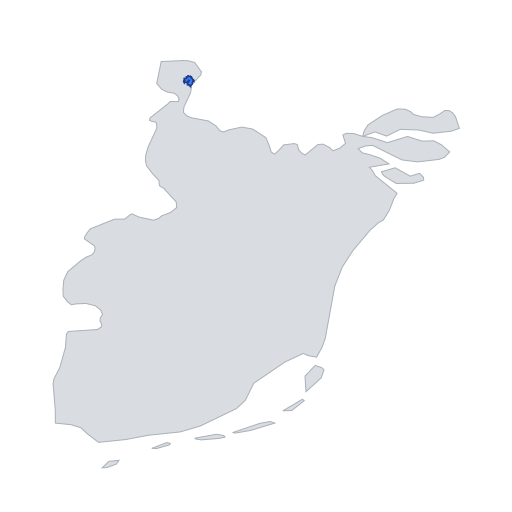 Meerssen, Limburg, Netherlands shown in context, rotated 176°
{"feature_id": "6326949B43663423776688", "entity_name": "Meerssen", "entity_type": "district", "adm_level": 2, "iso_a3": "NLD", "parent_name": "Netherlands", "parent_adm1": "Limburg", "projection": "robinson", "projection_center": [5.761, 50.905], "detail": "fine", "context": "in_parent", "style": "filled", "palette": "blue", "viewbox_px": 512, "rotation_deg": 176, "n_neighbors": 0, "source": "geoboundaries", "source_scale": "gbopen_adm2", "svg_char_len": 5397}
<svg xmlns="http://www.w3.org/2000/svg" viewBox="0 0 512 512"><g transform="rotate(176 256 256)"><path d="M337.0,456.6L325.7,456.3L315.2,456.1L309.6,455.4L303.6,453.3L303.6,453.2L300.9,448.9L297.6,443.6L298.5,440.4L308.4,431.3L309.9,428.8L308.9,427.4L309.9,423.4L317.5,409.7L318.4,404.3L315.0,400.4L310.2,398.2L294.2,394.1L286.7,388.4L283.2,383.4L279.6,382.0L274.4,383.7L261.2,385.6L250.5,382.9L237.9,373.4L235.0,365.0L233.5,358.6L230.3,356.3L226.1,359.6L220.7,364.9L210.1,365.5L207.0,364.3L206.5,361.4L205.9,358.6L203.0,355.2L199.9,353.3L186.4,362.9L181.4,362.9L175.1,359.2L172.0,355.6L165.1,357.6L158.8,362.1L160.9,370.6L157.5,372.1L149.8,371.3L141.2,367.9L131.6,365.8L117.0,359.9L96.5,364.7L82.4,359.0L70.6,358.5L63.3,354.0L55.5,346.3L61.1,341.3L66.6,339.6L88.2,338.6L103.8,341.7L131.9,358.2L139.0,358.1L146.6,356.0L142.8,351.5L135.8,349.3L125.3,344.9L117.0,338.6L136.7,336.6L134.0,333.4L131.5,327.9L110.9,308.7L114.5,303.5L119.8,292.3L126.4,283.1L131.6,280.6L140.2,274.0L158.8,254.8L170.6,239.1L179.5,220.5L192.6,169.2L196.4,160.5L202.6,150.9L210.3,152.7L215.6,155.5L234.6,148.2L267.1,129.2L276.7,112.8L286.1,105.2L323.4,90.3L343.9,85.8L375.7,84.7L398.6,82.0L426.1,81.1L436.6,90.3L442.8,97.0L452.6,100.7L467.8,103.3L467.0,116.5L467.3,142.7L466.2,147.4L459.5,158.4L452.4,178.3L450.6,191.3L448.4,193.8L419.4,193.7L415.3,196.0L414.7,198.8L416.2,202.2L415.5,205.5L413.2,208.2L414.5,212.6L419.6,217.5L428.8,220.5L438.6,220.8L443.7,220.3L447.4,223.8L451.1,229.2L450.9,236.0L449.5,245.1L444.9,253.5L431.5,263.3L425.5,266.7L419.9,268.5L417.2,271.0L416.0,274.3L416.3,277.2L425.9,285.0L425.7,286.8L422.9,290.8L419.3,294.7L394.6,302.6L384.4,302.0L378.5,306.0L376.7,306.7L370.2,303.1L355.8,298.9L350.4,300.3L347.4,302.6L338.3,305.4L331.8,309.8L331.8,315.4L343.3,329.9L347.4,332.8L347.6,338.2L353.2,345.0L358.9,353.6L359.6,359.0L358.9,364.5L356.0,372.3L346.0,390.5L345.9,394.0L346.7,396.7L350.2,397.4L352.8,398.8L352.0,401.2L333.3,413.9L330.9,416.1L323.0,415.5L321.8,417.6L322.9,421.0L326.0,424.0L332.7,425.6L338.4,428.8L343.0,435.1L337.0,456.6ZM141.2,367.9L139.5,373.1L135.2,378.9L120.4,387.3L105.0,392.8L97.1,392.1L91.8,389.3L88.9,386.2L80.7,383.3L69.5,381.9L62.5,385.0L57.4,388.0L53.1,387.5L49.8,385.0L47.3,381.2L44.2,369.1L52.6,366.9L70.7,366.1L84.7,370.3L103.2,372.3L117.4,366.5L128.5,371.5L141.2,367.9ZM111.1,318.6L121.8,326.2L124.0,328.6L124.9,331.3L111.1,334.3L96.6,324.9L87.0,327.1L83.4,322.7L83.4,320.0L93.4,317.6L111.1,318.6ZM215.5,132.8L204.6,142.7L198.1,139.9L196.1,137.6L199.5,129.9L215.6,117.1L215.5,132.8ZM263.7,88.8L253.5,89.9L248.9,88.0L273.4,82.4L288.9,80.8L291.7,81.5L263.7,88.8ZM329.4,78.6L308.0,80.9L300.7,79.2L299.5,77.5L305.3,76.6L323.7,76.4L329.3,77.8L329.4,78.6ZM240.0,99.7L219.7,109.9L218.0,108.3L231.1,99.4L240.0,99.7ZM417.1,61.4L407.0,61.8L409.9,58.1L419.2,55.4L424.3,55.4L417.1,61.4ZM373.4,71.4L358.2,76.1L354.5,75.1L355.4,73.7L368.8,70.8L373.4,71.4Z" fill="#d9dde1" stroke="#a8b0b8" stroke-width="1"/><path d="M312.4,431.8L312.2,431.9L312.0,431.7L312.0,431.8L311.9,431.8L311.7,431.8L311.6,431.7L311.1,431.5L311.2,431.4L310.9,431.3L310.7,431.3L310.4,431.3L310.4,431.2L310.2,431.0L310.0,430.9L309.8,430.8L309.7,430.8L309.9,430.3L309.7,430.3L309.7,430.2L309.8,430.2L309.7,430.0L309.7,429.9L309.5,429.7L309.5,429.8L309.4,429.7L309.4,429.8L309.2,430.0L309.2,430.3L309.1,430.5L308.9,430.7L308.9,430.8L308.7,430.9L308.6,431.0L308.4,431.2L308.3,431.3L308.1,431.4L307.9,431.5L307.8,431.8L307.7,431.9L307.6,432.0L307.4,432.3L307.3,432.6L307.2,432.7L307.2,432.8L307.3,433.1L307.3,433.4L307.4,433.6L307.3,433.8L307.1,434.2L307.1,434.3L306.9,434.5L306.7,434.5L306.4,434.7L306.1,434.6L306.3,434.7L306.2,434.7L306.0,434.8L305.9,434.7L305.9,434.8L306.0,434.8L305.9,434.8L305.7,435.0L305.8,435.2L305.7,435.3L305.8,435.4L305.8,435.5L306.0,435.5L306.3,435.7L306.5,435.8L306.3,436.2L306.7,436.3L306.8,436.4L306.9,436.5L307.0,436.7L307.0,436.8L307.2,437.0L307.2,437.3L307.1,437.5L307.2,437.8L307.3,437.9L307.3,438.0L307.9,438.1L308.1,438.2L308.4,438.3L308.3,438.5L308.2,438.6L308.2,438.9L308.1,439.0L308.0,439.3L308.4,439.4L308.5,439.5L309.0,439.5L309.1,439.8L309.2,439.7L309.3,439.7L309.5,439.7L309.6,439.9L309.8,439.8L310.1,439.8L310.5,439.7L310.6,440.0L310.9,440.5L311.0,440.5L311.3,440.4L311.5,440.4L311.6,440.2L311.6,439.8L311.7,439.6L311.8,439.5L312.0,439.6L312.4,439.6L312.5,439.6L312.6,439.4L312.5,439.5L312.4,439.5L312.4,439.4L312.5,439.4L312.4,439.3L312.4,439.2L312.5,439.2L312.4,439.1L312.4,438.9L312.5,438.7L312.7,438.4L312.8,438.2L313.0,438.0L313.3,438.2L313.5,438.2L313.8,438.2L314.0,438.0L314.3,438.1L314.6,438.2L315.1,438.2L315.3,438.2L315.4,437.8L315.4,437.7L315.3,437.4L315.2,437.4L315.1,437.2L315.1,436.9L315.1,436.7L315.2,436.4L315.1,436.2L315.5,436.0L315.6,436.3L315.7,436.2L315.8,436.0L315.8,435.9L315.7,435.9L315.7,435.7L315.3,435.6L315.5,435.5L315.7,435.4L315.3,435.1L315.1,434.7L315.6,434.5L315.5,434.3L315.5,434.1L315.7,433.9L315.5,433.7L315.5,433.8L314.7,434.3L314.4,434.2L314.1,434.1L313.6,433.9L313.3,434.1L313.1,434.2L312.9,434.2L312.6,434.2L312.6,434.3L311.9,434.9L311.8,435.0L311.5,435.3L311.4,435.4L311.1,435.7L311.0,435.8L310.9,435.9L310.9,436.0L310.5,435.8L310.5,435.7L310.4,435.7L310.5,435.6L310.6,435.4L310.8,434.9L311.3,434.3L311.3,434.2L311.5,434.0L311.5,433.9L311.7,433.7L312.0,433.5L312.0,433.4L312.1,433.2L312.4,432.9L312.5,432.5L312.5,432.4L312.5,432.2L312.4,432.1L312.4,431.9L312.4,431.8Z" fill="#3b82f6" stroke="#1e3a8a" stroke-width="1.5"/></g></svg>